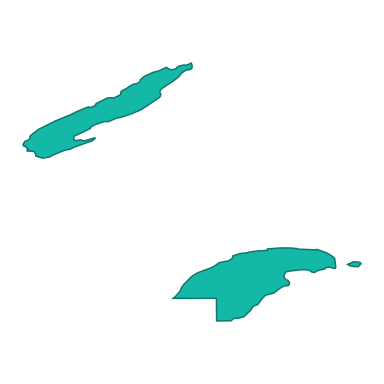 the district of Keweenaw, Michigan, United States of America
{"feature_id": "52423323B74408100948794", "entity_name": "Keweenaw", "entity_type": "district", "adm_level": 2, "iso_a3": "USA", "parent_name": "United States of America", "parent_adm1": "Michigan", "projection": "equal_earth", "projection_center": [-88.443, 47.695], "detail": "fine", "context": "isolated", "style": "filled", "palette": "teal", "viewbox_px": 384, "rotation_deg": 0, "n_neighbors": 0, "source": "geoboundaries", "source_scale": "gbopen_adm2", "svg_char_len": 2194}
<svg xmlns="http://www.w3.org/2000/svg" viewBox="0 0 384 384"><path d="M231.0,320.8L234.0,318.4L235.6,318.1L237.7,318.4L244.1,316.6L250.4,310.5L253.3,306.4L255.0,305.4L257.5,304.8L262.6,298.1L264.9,295.8L266.0,295.1L273.8,293.0L279.3,288.8L283.5,286.2L285.5,285.7L288.0,285.7L288.6,285.3L289.6,283.6L289.5,282.5L287.8,280.2L286.3,279.9L284.7,278.4L284.1,276.8L284.2,275.3L285.8,271.9L288.9,271.2L300.9,269.7L306.1,269.8L307.8,269.9L310.6,271.1L312.1,272.2L314.5,272.5L317.6,270.6L324.7,268.9L325.9,267.8L327.5,267.3L329.3,267.1L333.6,268.3L335.4,268.2L335.8,267.0L334.6,258.2L331.6,255.8L326.3,252.7L317.3,249.5L314.1,249.8L297.7,249.1L296.8,248.5L291.3,248.0L281.3,247.9L268.8,248.8L267.3,249.0L267.2,250.3L261.5,250.9L259.7,250.6L248.7,252.2L246.5,252.9L240.1,253.5L232.9,255.9L233.0,256.7L232.7,257.7L230.9,259.4L228.5,260.8L219.2,262.7L215.5,265.4L211.3,267.7L198.1,272.6L192.1,276.1L183.9,284.3L181.6,287.5L180.1,291.2L175.5,296.4L173.1,298.4L216.4,298.3L216.6,320.9L231.0,320.8ZM23.0,144.7L23.9,146.2L24.7,146.0L28.4,149.4L27.2,150.1L27.0,150.5L27.2,151.0L33.8,151.4L35.7,153.8L35.6,155.8L36.1,156.2L42.7,158.2L49.5,157.0L52.8,155.2L63.2,150.8L65.6,150.0L70.0,149.2L74.8,146.9L92.5,140.7L95.1,138.3L94.9,137.8L84.0,140.9L80.4,139.8L75.7,140.7L73.7,139.4L74.0,136.3L82.2,132.4L90.1,128.6L91.2,126.7L95.0,124.7L104.4,121.5L108.6,121.6L116.7,118.0L120.7,117.4L131.6,113.8L141.3,109.6L159.6,97.4L160.5,95.9L160.8,94.7L160.4,93.1L159.9,92.3L159.9,90.7L162.2,88.3L173.3,81.0L178.6,76.9L181.8,73.0L183.8,71.5L185.9,70.3L190.3,69.4L191.9,68.4L192.2,65.9L191.3,63.1L186.3,65.2L183.8,65.0L179.3,66.0L177.3,67.1L175.5,69.0L170.7,69.8L166.2,67.3L159.9,70.5L152.7,72.5L144.0,76.5L140.6,79.6L140.1,80.2L140.3,81.4L138.5,82.6L136.3,83.9L134.2,83.8L129.7,86.2L126.4,88.5L122.4,90.5L120.8,92.0L120.8,94.3L117.7,96.2L113.0,98.2L111.9,97.8L107.9,97.8L96.2,103.5L95.7,104.3L95.9,105.0L91.9,107.2L89.4,107.5L88.6,106.9L86.7,107.5L75.9,112.0L71.0,114.5L55.5,120.9L38.5,129.4L31.3,134.9L29.9,136.4L30.0,138.3L28.9,139.7L24.7,141.5L23.0,144.7ZM347.6,264.4L350.3,265.9L354.6,266.6L358.1,266.6L361.0,263.8L359.9,262.3L353.4,261.7L350.5,263.2L347.6,264.4Z" fill="#14b8a6" stroke="#0f766e" stroke-width="1.5"/></svg>